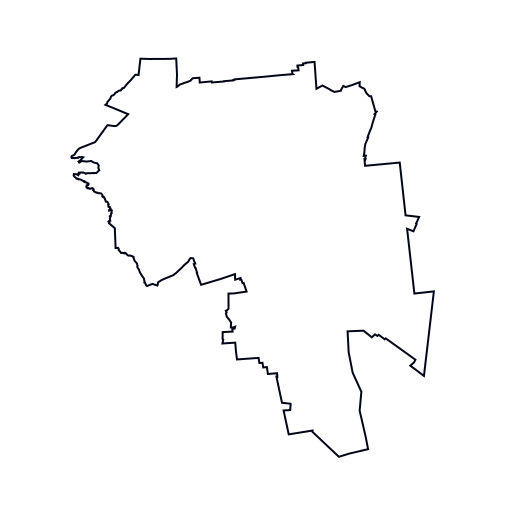 the district of Pánuco, Zacatecas, Mexico, rotated 84°
{"feature_id": "50627088B44962860641179", "entity_name": "Pánuco", "entity_type": "district", "adm_level": 2, "iso_a3": "MEX", "parent_name": "Mexico", "parent_adm1": "Zacatecas", "projection": "equal_earth", "projection_center": [-102.504, 22.978], "detail": "fine", "context": "isolated", "style": "outline", "palette": "ink", "viewbox_px": 512, "rotation_deg": 84, "n_neighbors": 0, "source": "geoboundaries", "source_scale": "gbopen_adm2", "svg_char_len": 5990}
<svg xmlns="http://www.w3.org/2000/svg" viewBox="0 0 512 512"><g transform="rotate(84 256 256)"><path d="M445.8,166.0L420.6,169.1L402.1,165.4L382.0,172.1L361.3,173.9L340.5,172.8L341.5,156.9L349.0,149.3L346.4,145.8L348.2,143.6L347.2,142.2L352.3,136.7L351.5,135.6L375.8,108.3L378.3,109.9L381.2,114.0L392.8,101.5L309.8,82.8L309.9,102.4L244.7,102.9L247.9,96.8L240.9,92.9L240.2,93.4L239.8,92.9L238.9,92.4L234.2,89.7L231.2,103.0L178.1,103.3L177.7,138.1L171.5,138.0L171.7,137.6L171.2,137.6L171.4,137.2L171.0,136.9L170.8,137.2L170.2,137.3L167.7,136.2L167.6,136.8L167.2,138.1L167.7,138.2L167.7,138.4L163.9,137.3L159.8,136.6L156.1,135.6L149.8,132.0L149.5,132.6L145.2,130.5L140.3,127.8L135.8,126.1L127.7,122.5L127.2,123.3L125.0,120.9L124.4,122.2L109.2,124.8L109.0,126.3L108.5,127.0L107.7,127.5L106.3,128.6L104.8,129.6L103.8,129.8L102.6,130.3L101.7,130.4L101.4,130.6L100.6,131.3L99.7,133.0L97.9,135.3L94.0,134.7L96.0,142.4L97.4,149.2L96.0,151.4L99.3,153.8L100.6,154.4L101.0,160.9L99.0,164.1L98.0,165.3L93.4,172.1L96.0,178.4L69.1,177.5L69.0,180.2L69.1,180.3L69.0,186.2L69.5,186.2L69.4,189.1L71.0,189.1L70.9,194.9L72.5,195.0L72.8,194.5L73.1,194.3L75.8,194.3L75.5,200.8L78.6,200.8L79.0,200.4L78.7,212.5L78.6,227.3L78.1,258.8L78.5,258.8L78.5,260.1L79.0,260.2L78.8,269.6L79.1,269.7L79.0,272.9L78.8,281.8L77.7,281.8L77.6,293.8L72.8,293.6L72.6,300.2L73.7,301.8L74.7,302.7L75.1,303.6L75.3,304.6L75.8,306.2L76.4,309.5L76.8,310.5L77.1,312.2L77.7,314.1L79.3,316.4L79.6,317.3L67.2,315.6L51.2,314.7L50.9,321.6L48.9,341.6L47.7,350.3L63.7,353.9L63.1,357.0L68.3,362.5L71.1,365.9L75.2,370.0L75.1,371.3L76.0,371.9L76.0,372.2L76.5,372.7L77.2,373.2L77.3,373.6L77.2,374.6L77.5,375.7L78.5,377.1L78.4,377.6L79.3,379.1L80.3,379.8L81.2,381.1L81.3,382.2L81.7,382.8L82.5,383.7L83.4,384.0L84.7,384.7L85.0,385.3L87.5,387.8L88.7,388.2L89.0,388.5L89.9,389.9L101.6,368.3L111.5,380.2L112.0,381.5L112.0,383.2L110.4,389.8L110.5,390.2L125.9,404.0L130.2,419.6L131.0,421.2L131.9,422.2L134.0,424.3L136.3,426.0L136.7,426.7L137.2,428.5L137.7,429.1L138.9,429.2L139.3,429.1L139.4,428.7L139.5,427.6L139.4,427.2L139.8,426.3L139.6,425.6L139.7,423.6L139.9,422.9L139.4,422.5L139.2,422.0L139.1,421.3L139.4,420.0L139.3,419.4L139.4,418.5L139.7,418.1L139.8,417.7L140.2,418.3L140.8,418.7L142.2,420.3L143.5,422.6L144.6,422.0L143.4,419.5L143.5,418.5L144.4,414.5L144.3,410.0L146.0,407.8L147.3,404.1L149.6,402.9L151.8,403.6L153.5,403.2L154.2,402.9L156.9,406.1L156.5,407.7L156.7,408.8L156.4,409.3L156.5,409.7L156.3,410.9L156.4,411.4L156.3,412.1L156.4,412.4L156.1,413.5L156.1,414.8L156.0,415.0L156.0,415.6L156.4,416.2L156.4,416.8L155.9,417.2L155.7,417.6L154.9,419.2L154.8,419.8L155.0,420.2L154.7,420.8L154.6,421.3L154.8,422.4L154.5,423.4L155.1,423.9L155.8,423.3L155.9,423.6L157.1,424.3L156.1,425.6L155.8,426.7L155.8,427.3L155.5,428.6L157.0,428.9L158.0,428.4L159.1,427.3L160.0,426.7L160.2,425.9L160.5,425.8L160.4,425.6L160.5,425.4L160.9,425.0L160.8,424.7L161.1,424.6L161.3,424.3L161.2,423.8L161.3,423.5L161.4,423.1L162.2,421.4L162.8,420.9L163.1,420.4L163.5,419.1L164.0,419.2L164.1,418.7L164.4,418.6L164.3,418.3L164.7,417.6L165.0,417.5L165.4,416.8L165.4,416.6L165.9,415.6L166.3,415.4L166.6,414.9L166.9,414.9L167.1,415.3L167.6,415.3L167.8,415.5L167.6,416.0L167.7,416.3L167.8,416.4L168.0,417.0L168.5,417.0L169.0,417.4L169.5,417.5L169.6,417.2L170.0,417.1L170.0,416.8L170.2,416.6L170.6,416.6L170.7,416.1L171.0,416.2L171.0,415.6L171.3,415.2L171.4,414.7L171.7,414.6L171.7,414.0L171.8,413.9L171.7,413.7L171.3,411.9L171.5,411.7L171.8,411.8L172.0,410.9L172.8,410.5L173.5,411.0L173.9,410.5L174.9,410.3L175.2,410.0L175.8,408.7L176.4,408.2L176.3,407.4L176.4,407.1L176.9,406.7L177.5,403.6L177.6,403.4L178.8,402.6L179.6,402.3L179.8,402.3L180.3,402.6L181.2,402.3L181.3,401.2L181.8,401.1L181.9,400.8L182.4,400.6L182.8,400.6L183.4,400.2L183.9,400.3L184.8,399.9L186.0,399.8L186.4,399.4L186.4,398.5L186.6,398.3L186.9,398.0L188.0,397.4L188.5,397.3L189.3,397.6L189.7,397.2L190.1,397.5L191.2,397.7L191.6,397.6L191.9,397.3L192.0,396.3L192.4,396.3L193.5,395.7L194.1,396.3L194.7,397.2L195.5,397.3L195.1,395.4L195.3,394.8L195.5,394.6L196.7,395.0L197.7,395.2L198.1,395.0L198.7,395.3L199.0,395.8L200.5,396.3L200.8,396.7L201.0,396.2L201.5,396.3L201.9,397.0L202.4,397.0L203.2,397.3L204.5,397.4L205.7,397.3L205.7,398.3L206.4,399.1L207.0,398.3L207.9,398.2L208.2,398.6L213.6,393.5L233.4,394.8L233.5,392.3L234.9,391.7L235.6,392.0L236.4,391.5L237.0,390.9L237.5,390.6L238.1,390.5L238.8,390.0L239.0,389.5L238.7,389.0L238.8,388.6L239.4,387.5L239.5,387.1L239.1,386.9L239.0,386.6L239.1,386.3L239.7,386.4L239.8,385.9L239.6,385.3L239.8,385.0L240.5,384.4L241.2,384.2L242.3,382.9L242.4,382.4L242.3,381.3L242.4,380.8L243.0,380.0L243.4,378.8L244.2,377.8L244.3,377.8L244.6,378.1L244.9,377.9L245.3,377.9L247.1,377.5L248.1,377.2L248.8,376.8L250.7,375.3L253.2,374.8L254.1,375.2L254.9,375.1L257.4,373.8L260.1,373.2L264.3,371.2L266.4,369.9L270.0,369.5L270.7,369.8L271.1,369.1L273.5,368.4L274.5,367.5L272.9,361.9L274.1,359.5L274.1,359.1L275.1,357.3L274.4,356.7L272.3,356.3L271.5,355.4L270.9,353.9L270.2,352.8L268.7,348.2L266.4,340.2L265.4,338.7L264.3,336.9L259.1,330.1L257.1,327.8L254.7,324.1L251.9,322.1L251.2,321.2L251.8,318.6L254.6,318.1L257.2,317.2L257.5,318.7L261.3,317.8L261.6,317.7L261.7,317.3L266.6,316.3L266.8,316.7L278.9,313.6L275.2,293.8L271.8,278.8L277.4,279.2L276.3,273.8L277.9,274.1L277.9,273.1L281.6,272.2L281.5,271.1L290.4,269.1L290.9,282.0L290.5,287.3L305.3,288.8L305.9,289.1L306.9,290.5L307.3,291.7L309.0,291.1L309.9,291.9L313.4,291.4L316.7,289.2L319.1,288.0L319.3,287.7L324.4,288.5L324.6,286.6L324.6,285.6L324.2,284.2L326.0,284.9L326.1,287.2L328.7,287.2L328.2,297.1L335.0,297.9L335.6,297.3L339.5,298.5L340.0,285.7L349.4,285.9L356.9,285.7L357.6,264.1L362.8,263.8L362.9,260.7L367.6,260.5L367.6,256.8L374.6,256.5L374.7,249.7L374.8,249.7L374.8,247.3L378.4,247.4L378.2,248.3L404.7,245.5L406.3,238.1L406.4,237.4L406.7,237.0L412.8,238.1L412.5,244.7L436.8,242.1L435.5,218.0L436.7,218.3L464.3,194.6L464.0,192.7L462.3,184.2L459.8,164.7L445.8,166.0Z" fill="none" stroke="#020617" stroke-width="2"/></g></svg>